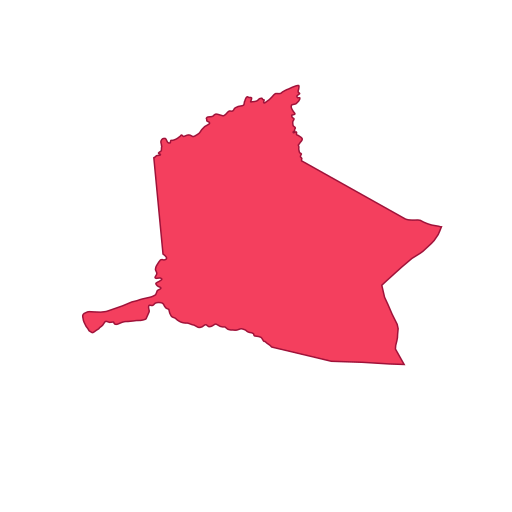 Santiago de Puringla, La Paz, Honduras (Equal Earth projection), rotated 70°
{"feature_id": "27666195B8735504948943", "entity_name": "Santiago de Puringla", "entity_type": "district", "adm_level": 2, "iso_a3": "HND", "parent_name": "Honduras", "parent_adm1": "La Paz", "projection": "equal_earth", "projection_center": [-87.91, 14.348], "detail": "fine", "context": "isolated", "style": "filled", "palette": "rose", "viewbox_px": 512, "rotation_deg": 70, "n_neighbors": 0, "source": "geoboundaries", "source_scale": "gbopen_adm2", "svg_char_len": 6141}
<svg xmlns="http://www.w3.org/2000/svg" viewBox="0 0 512 512"><g transform="rotate(70 256 256)"><path d="M292.0,71.8L291.7,72.6L290.5,74.2L287.0,80.3L285.2,82.7L283.7,84.5L281.5,86.9L278.7,89.4L277.5,91.6L276.3,95.3L275.5,97.4L274.2,100.3L273.2,101.9L272.2,103.1L182.2,180.6L180.9,180.2L180.3,179.7L180.0,179.6L179.4,179.7L178.2,180.3L177.8,180.3L177.0,179.8L176.0,178.8L175.7,178.5L175.0,178.7L174.0,179.6L173.0,179.7L170.2,179.3L168.2,178.4L166.2,178.3L165.3,176.8L164.3,175.5L164.0,174.8L163.1,173.4L162.4,172.8L161.8,172.5L160.9,172.6L160.0,173.0L157.1,175.1L156.6,175.8L155.9,176.3L155.3,176.3L153.8,175.6L153.3,175.7L153.0,176.0L153.1,178.3L152.9,178.7L152.6,178.8L152.1,178.6L151.7,177.4L151.5,176.9L151.0,176.6L150.1,176.3L149.8,176.0L149.5,175.5L149.2,175.3L148.5,175.3L146.7,176.4L145.7,176.5L144.0,176.1L142.5,175.6L142.1,175.3L140.8,173.8L140.2,173.4L139.6,173.5L138.6,174.3L138.2,174.5L137.2,174.6L136.3,174.4L135.9,174.1L136.1,171.7L136.0,171.1L135.7,170.8L135.1,170.8L132.9,171.5L130.9,171.9L129.3,172.1L127.8,171.9L126.8,171.3L126.4,170.9L126.2,170.5L126.3,169.5L126.6,167.2L126.6,166.4L126.3,165.6L125.0,162.9L123.6,161.3L122.9,160.9L122.3,160.8L122.0,161.2L121.6,162.7L120.9,163.0L120.1,163.0L119.6,162.7L119.3,162.3L118.6,160.0L118.4,159.5L117.9,159.5L116.6,160.2L116.3,160.3L115.0,159.8L113.9,158.9L111.8,157.8L111.0,157.5L110.4,157.6L110.3,157.8L110.1,158.2L109.8,160.1L109.8,164.0L110.2,168.3L110.2,170.3L110.5,172.6L110.9,175.0L111.5,176.6L111.6,177.5L111.4,178.5L110.3,181.3L110.1,181.9L110.1,182.5L110.7,184.2L111.9,186.4L113.6,190.0L115.1,195.3L115.1,195.6L114.8,196.2L114.2,196.3L113.5,195.9L112.6,195.2L112.2,195.0L111.9,195.2L111.1,196.3L110.2,196.3L109.7,196.6L109.4,198.1L109.4,199.0L109.6,199.6L110.4,201.4L110.6,202.7L110.3,204.7L109.4,208.2L109.3,208.3L109.0,208.2L107.4,206.8L106.4,206.2L105.9,206.1L105.3,206.6L105.0,207.5L104.6,208.4L104.2,208.9L103.6,209.3L103.4,209.8L103.5,210.3L103.8,211.0L105.2,212.5L106.0,213.0L107.1,214.1L109.4,215.4L110.0,216.1L110.1,217.3L109.4,221.6L109.6,224.1L109.8,225.2L110.0,225.8L111.1,227.0L111.6,227.9L111.7,228.6L111.7,229.1L111.4,229.8L110.7,231.1L110.7,232.1L111.1,233.3L112.6,236.2L113.1,238.1L113.1,238.7L112.9,239.2L109.7,243.6L109.0,244.9L108.9,245.6L109.0,246.5L109.2,247.2L109.7,248.1L109.9,249.3L109.8,250.1L108.9,253.7L109.0,254.6L109.4,255.3L109.7,255.6L110.9,255.6L112.1,256.0L112.7,255.7L114.0,254.4L115.1,254.1L115.4,254.2L115.7,254.5L115.9,255.0L116.1,255.8L116.5,257.8L116.7,259.3L116.9,260.1L118.7,263.8L120.6,266.4L121.2,267.4L121.8,269.6L122.3,272.2L122.4,273.6L122.1,274.6L120.0,276.5L119.5,277.3L119.1,278.2L118.9,279.6L119.0,282.3L118.9,283.2L118.6,283.5L117.1,284.3L116.8,284.8L116.9,285.2L117.6,286.3L117.7,286.8L118.5,289.4L118.8,290.9L118.9,292.5L118.9,294.1L118.7,295.1L118.3,296.1L118.3,296.4L118.5,296.7L119.0,297.1L120.2,297.7L120.3,298.0L120.3,298.4L119.9,299.4L119.2,300.0L118.3,300.3L115.5,300.6L114.8,300.9L114.4,301.2L114.0,302.3L113.9,303.6L114.3,304.6L115.2,305.7L115.9,306.2L116.7,306.5L119.0,306.8L119.6,307.0L120.6,307.0L121.6,307.6L124.4,308.8L124.9,309.4L125.5,311.7L125.9,312.4L126.3,312.4L126.7,312.2L127.7,311.1L128.0,311.1L128.4,311.5L128.4,312.0L127.8,314.5L127.7,315.3L128.4,316.8L128.7,318.4L221.9,342.6L222.4,342.7L224.1,341.6L226.0,340.8L226.7,340.7L227.3,340.7L227.8,341.0L228.1,341.3L228.3,342.1L228.4,342.8L228.3,343.5L228.1,344.2L227.3,345.3L227.1,346.0L227.0,346.7L227.2,347.4L228.5,349.5L231.0,352.7L232.1,353.8L233.5,354.7L234.6,355.2L237.6,355.0L238.5,355.2L239.3,355.7L241.3,358.0L241.6,358.2L242.0,358.2L242.5,357.9L242.9,357.4L243.7,354.0L243.9,353.5L244.8,352.6L245.2,352.4L245.5,352.4L245.8,352.6L246.1,353.1L246.4,354.4L246.7,355.3L246.9,357.4L247.3,359.1L247.5,359.4L247.9,359.6L248.8,359.5L250.3,358.9L251.3,358.2L252.3,357.0L253.1,356.4L253.7,356.4L254.0,356.7L254.3,357.6L254.6,360.1L254.8,360.6L255.3,361.1L256.2,361.8L258.1,363.6L258.5,366.0L258.6,367.8L258.5,369.6L257.5,377.5L257.3,380.2L257.3,383.0L256.7,388.4L257.2,398.4L257.0,412.9L256.9,415.7L256.4,418.0L255.6,421.3L253.1,427.4L251.3,431.6L250.9,433.4L251.2,437.1L251.8,438.4L252.7,439.2L253.9,439.6L257.5,440.2L259.6,440.2L264.1,439.7L266.5,438.9L269.2,438.4L271.4,436.7L271.9,436.2L272.2,435.6L272.0,434.2L271.2,431.5L270.6,428.6L269.8,427.4L269.2,425.3L268.6,423.8L266.5,420.9L266.1,420.1L266.1,419.4L266.4,418.7L267.9,416.8L268.3,416.3L268.6,415.2L269.1,413.1L269.3,412.6L269.7,412.3L270.6,412.4L271.6,412.0L272.0,411.6L272.4,410.8L272.6,410.1L272.7,409.0L272.5,404.4L272.7,402.3L273.0,400.9L273.8,398.6L275.1,393.4L275.7,390.6L277.1,386.4L277.5,383.9L277.6,381.6L277.5,381.0L277.1,380.5L271.9,375.5L271.0,375.1L268.2,374.7L267.2,374.4L266.3,373.9L265.9,373.5L265.8,373.2L265.9,372.7L266.3,371.9L266.9,370.9L267.1,370.0L266.9,369.1L265.9,367.0L265.9,365.4L266.3,363.6L267.1,361.8L267.9,360.5L268.8,359.8L269.7,359.4L272.1,359.1L274.1,358.4L274.6,358.0L275.6,356.9L276.4,356.2L280.1,356.6L282.9,356.3L284.0,356.0L285.0,355.2L286.1,353.9L286.9,353.1L289.3,351.8L291.0,350.5L292.3,349.3L293.4,347.9L294.2,346.6L295.0,345.0L295.5,343.5L296.3,342.3L298.6,339.6L299.8,337.8L303.0,335.0L303.5,334.3L304.0,333.0L304.1,331.6L304.1,330.7L303.3,327.9L303.3,327.3L303.4,326.8L303.5,326.4L303.8,326.1L305.1,325.4L306.1,324.7L306.5,324.0L306.7,323.0L306.8,322.1L306.7,321.0L306.1,318.2L306.1,317.5L306.2,317.1L306.6,316.5L309.9,313.7L311.3,311.5L311.7,310.2L312.1,309.4L315.1,307.6L315.9,306.6L316.6,305.5L317.0,304.8L317.5,303.3L318.4,301.4L318.9,300.0L319.1,298.6L319.1,296.4L319.2,295.3L319.4,294.5L320.3,293.2L321.1,292.2L322.1,291.1L323.6,290.3L324.7,289.4L325.7,288.1L326.7,286.3L327.6,285.4L328.3,284.9L329.9,285.0L330.5,284.8L330.9,284.2L332.5,281.2L333.4,280.0L334.1,279.2L334.6,278.9L335.5,278.6L338.4,278.0L339.0,277.6L339.3,276.9L339.7,276.6L341.6,275.6L344.7,273.4L346.9,272.4L380.7,221.2L392.3,192.3L403.1,167.5L408.6,153.9L391.1,156.8L387.8,155.3L384.1,152.8L381.1,151.0L378.2,149.8L372.9,147.3L368.5,146.7L357.2,148.0L346.8,148.6L338.7,149.3L326.5,147.8L323.7,141.2L316.3,123.0L311.6,110.3L309.6,100.8L308.7,97.6L304.0,86.5L302.3,83.2L298.2,77.5L295.4,74.8L292.0,71.8Z" fill="#f43f5e" stroke="#9f1239" stroke-width="1.5"/></g></svg>